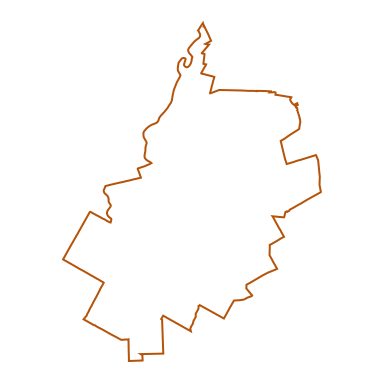 Izvoarele, Giurgiu, Romania (orthographic projection)
{"feature_id": "2599482B10041458655839", "entity_name": "Izvoarele", "entity_type": "district", "adm_level": 2, "iso_a3": "ROU", "parent_name": "Romania", "parent_adm1": "Giurgiu", "projection": "orthographic", "projection_center": [25.808, 44.04], "detail": "fine", "context": "isolated", "style": "outline", "palette": "amber", "viewbox_px": 384, "rotation_deg": 0, "n_neighbors": 0, "source": "geoboundaries", "source_scale": "gbopen_adm2", "svg_char_len": 5808}
<svg xmlns="http://www.w3.org/2000/svg" viewBox="0 0 384 384"><path d="M142.6,360.5L142.4,355.2L140.7,354.1L163.3,353.6L163.1,348.8L162.1,319.6L161.2,319.0L163.2,315.7L190.9,331.3L190.3,328.6L191.4,326.0L192.8,323.9L193.5,320.9L195.8,316.8L195.7,313.7L198.4,309.0L198.6,305.9L199.4,305.7L199.8,305.5L199.9,305.2L223.9,318.5L226.0,314.8L227.3,312.4L230.2,307.1L233.9,300.6L237.2,300.3L239.1,300.3L240.0,300.1L241.2,300.0L244.0,299.5L244.7,299.2L247.3,297.7L251.2,296.3L251.6,296.1L252.0,295.8L252.2,295.5L250.5,293.5L246.3,288.4L246.5,284.7L246.9,284.5L249.4,283.2L263.2,275.1L267.8,272.7L275.5,269.6L277.1,268.8L274.3,263.9L270.5,256.9L269.9,255.8L269.5,255.0L269.5,254.4L269.6,253.6L269.8,244.8L270.3,244.7L274.7,242.2L277.8,240.4L280.3,238.8L284.0,236.8L282.0,233.2L281.2,232.0L280.7,230.7L279.0,228.0L274.0,218.9L273.1,217.2L272.5,216.3L277.3,216.7L278.3,216.9L281.4,217.1L283.2,217.3L284.0,217.3L284.2,217.2L285.2,212.9L285.4,212.2L285.6,212.0L286.4,211.5L286.8,211.3L287.0,211.4L287.2,211.9L287.4,211.9L287.8,211.5L289.3,210.7L289.6,209.9L289.9,209.6L293.5,207.7L296.1,206.1L301.2,203.3L308.1,199.2L319.5,192.9L320.9,192.0L319.8,186.3L319.7,185.9L319.5,184.6L319.8,176.6L319.3,172.4L319.0,168.9L318.2,160.9L318.0,159.8L317.8,159.7L317.4,158.5L316.0,155.1L315.8,155.1L299.8,160.1L298.6,160.3L296.9,160.8L293.6,162.0L286.7,164.0L284.9,158.5L283.9,154.3L283.5,152.7L280.7,140.9L284.1,139.0L287.3,136.7L290.5,134.5L295.0,131.7L298.4,129.5L298.7,129.2L298.9,129.0L299.2,128.9L299.3,127.9L299.8,124.7L300.3,122.1L300.1,119.7L299.8,118.7L299.6,118.5L299.6,118.3L299.5,118.1L299.6,117.7L299.2,116.3L297.5,110.9L297.4,110.7L297.2,110.4L297.3,110.3L297.4,109.7L297.5,109.3L297.4,109.0L297.1,108.2L297.0,107.8L296.8,107.7L296.4,107.8L296.1,107.5L295.9,107.2L295.7,106.8L295.5,106.3L296.0,105.9L297.8,104.9L297.2,103.2L295.6,104.0L294.3,105.0L294.1,104.9L292.5,103.6L291.5,102.4L291.0,101.6L290.5,100.6L290.1,99.4L290.2,99.1L291.1,97.8L291.4,97.3L290.8,97.1L287.1,96.6L284.2,96.1L279.8,95.4L277.6,95.0L275.5,94.8L275.6,92.5L273.9,92.1L273.4,92.2L272.8,92.3L272.0,92.3L269.9,92.4L270.0,92.3L270.1,92.0L271.0,91.8L271.0,91.7L271.0,91.4L264.6,91.0L256.9,90.9L256.8,91.2L256.2,91.1L255.5,91.0L254.1,90.9L248.5,90.9L245.9,90.7L241.7,90.5L219.3,90.0L217.0,90.8L212.6,92.5L211.1,93.0L210.6,93.3L210.3,93.3L210.1,93.3L210.0,93.1L210.1,92.9L211.4,88.0L211.8,86.2L212.7,83.0L213.2,80.8L214.4,77.0L213.7,76.7L212.1,76.3L211.4,76.0L210.1,75.8L208.5,75.3L207.9,75.2L203.4,74.0L201.4,73.6L201.2,73.3L201.2,73.1L201.5,72.6L202.1,71.6L204.6,67.1L205.8,65.2L206.1,64.4L203.4,63.8L204.5,54.5L204.5,54.0L204.1,53.8L201.8,53.3L201.8,53.2L202.9,51.8L204.8,49.7L205.5,48.7L206.1,48.1L208.9,44.7L208.6,44.7L206.6,44.3L205.4,43.9L206.5,43.4L211.1,40.8L208.0,33.8L205.7,29.2L205.4,28.7L204.6,26.8L204.5,26.7L204.4,26.7L204.0,26.7L203.6,26.6L203.9,26.0L203.9,25.4L203.0,23.6L202.9,23.1L202.2,24.1L200.4,26.8L198.7,29.6L198.0,30.5L198.4,30.9L198.9,31.7L199.4,32.8L200.1,34.3L200.1,35.2L200.0,36.3L199.1,37.9L195.9,40.2L194.4,41.5L192.7,43.4L189.5,47.3L188.8,48.2L188.5,48.8L188.1,50.2L188.4,51.6L189.4,53.4L191.1,55.2L192.3,56.8L192.4,57.0L192.1,57.8L191.7,59.4L191.6,60.6L191.3,62.0L190.6,63.8L189.5,65.5L188.9,66.2L188.4,66.7L187.6,67.0L186.7,67.3L186.0,67.1L184.9,66.4L184.2,65.4L184.0,65.0L184.0,64.7L184.5,62.6L185.2,60.7L185.5,59.6L185.6,59.0L185.4,58.6L185.2,58.4L184.4,58.1L183.3,58.0L182.5,58.2L181.6,58.7L179.0,62.1L178.7,62.6L178.5,63.0L178.0,66.5L177.8,68.4L177.8,70.2L178.0,70.8L179.3,73.2L180.1,74.4L180.4,75.1L180.2,75.9L179.7,77.2L177.1,81.8L176.7,82.7L173.8,90.0L172.7,95.3L171.8,100.5L170.9,102.8L168.9,105.7L167.6,107.9L165.0,111.1L164.5,111.8L163.9,112.4L161.1,115.4L160.1,116.6L159.7,117.2L159.2,118.1L158.8,119.0L158.7,119.7L158.1,121.1L157.4,122.1L156.4,122.9L154.8,123.6L152.1,124.6L150.8,125.3L149.4,126.1L147.5,127.6L146.1,128.9L144.1,131.3L143.4,132.9L143.5,135.7L143.7,137.0L144.3,138.3L145.0,139.5L146.1,141.3L146.4,141.9L146.6,142.6L146.6,143.1L146.6,143.4L146.2,144.8L145.7,146.4L145.5,147.5L145.4,149.4L145.4,150.3L145.3,151.5L144.8,153.8L144.5,155.6L144.6,156.9L144.8,157.8L145.6,159.0L146.5,159.9L147.6,160.7L150.5,162.3L151.4,163.1L150.8,163.4L150.3,163.8L149.7,164.1L147.1,165.1L145.1,166.1L143.2,166.7L141.0,167.4L140.2,167.7L138.9,168.1L138.0,168.4L137.8,168.6L137.7,168.7L137.7,168.9L139.1,172.5L140.9,177.7L132.7,179.6L130.1,180.3L126.4,181.1L123.7,181.8L122.4,182.0L121.1,182.5L120.3,182.4L118.0,183.1L116.6,183.3L112.1,184.4L109.0,185.1L107.8,185.5L105.6,186.0L105.4,186.1L105.1,187.2L104.8,187.8L103.8,190.1L103.7,190.3L103.7,190.7L103.9,191.8L104.3,192.7L104.7,193.3L107.0,195.4L107.5,196.0L107.9,196.7L108.2,197.2L108.5,198.4L108.6,199.4L108.6,200.2L108.6,201.0L108.8,201.9L109.1,202.7L110.5,204.7L110.8,205.5L110.7,206.1L110.5,206.6L110.0,207.4L109.2,208.4L107.7,210.4L107.2,211.6L107.0,212.8L107.0,213.4L107.3,214.6L107.7,215.5L108.1,216.1L109.1,217.1L110.6,218.2L111.1,218.6L111.3,218.9L111.3,219.3L111.3,219.8L110.6,222.5L109.6,222.3L106.6,220.7L104.8,219.5L103.2,218.8L99.8,216.9L96.1,215.0L90.3,211.8L90.2,211.8L89.8,212.0L81.8,226.3L81.4,227.0L81.0,227.8L79.4,230.5L76.9,235.1L76.4,235.6L76.3,236.0L71.8,243.9L71.2,244.8L70.8,245.6L63.1,259.4L63.7,259.8L67.7,262.0L68.3,262.5L68.9,262.7L70.1,263.4L79.4,268.8L81.1,269.7L82.5,270.4L91.5,275.6L93.2,276.5L97.1,278.8L98.7,279.6L100.5,280.8L103.0,282.1L103.7,282.6L103.4,283.4L101.3,287.1L100.3,288.8L100.0,289.6L97.5,294.5L96.7,296.1L93.3,302.3L91.4,306.2L90.1,308.3L88.9,310.8L89.0,310.9L87.2,314.1L87.0,314.5L86.7,315.5L86.6,315.8L85.8,316.6L83.6,319.3L93.8,325.1L94.5,325.3L95.1,325.3L95.3,325.4L95.6,325.8L97.0,326.7L99.8,328.2L102.0,329.3L111.4,334.6L115.3,336.6L118.0,338.1L121.2,339.8L123.5,339.7L125.4,339.5L127.5,339.5L128.5,339.3L128.7,351.2L128.9,358.0L128.9,361.0L142.6,360.5Z" fill="none" stroke="#b45309" stroke-width="2"/></svg>